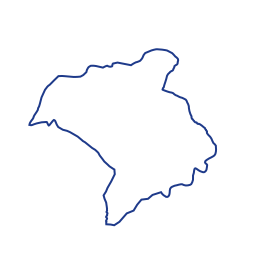 Toomlarn, Saravan, Laos (Mercator projection), rotated 146°
{"feature_id": "54806243B58304199894051", "entity_name": "Toomlarn", "entity_type": "district", "adm_level": 2, "iso_a3": "LAO", "parent_name": "Laos", "parent_adm1": "Saravan", "projection": "mercator", "projection_center": [106.21, 16.024], "detail": "fine", "context": "isolated", "style": "outline", "palette": "blue", "viewbox_px": 256, "rotation_deg": 146, "n_neighbors": 0, "source": "geoboundaries", "source_scale": "gbopen_adm2", "svg_char_len": 4609}
<svg xmlns="http://www.w3.org/2000/svg" viewBox="0 0 256 256"><g transform="rotate(146 128 128)"><path d="M64.7,115.3L64.6,116.1L64.2,118.0L64.3,119.3L65.1,120.8L66.2,122.7L67.6,124.4L68.4,125.7L69.1,127.1L70.1,128.5L70.8,130.2L71.0,131.4L71.9,132.8L73.4,134.3L74.8,136.0L76.7,138.6L77.9,140.4L77.9,140.5L76.7,141.5L75.7,141.7L73.9,143.3L71.3,145.3L68.7,147.4L66.5,149.4L64.9,150.2L63.7,150.5L63.3,150.5L63.0,150.6L62.7,150.6L62.4,150.7L62.0,150.8L61.8,150.9L61.4,150.9L60.9,150.9L60.6,150.9L60.1,150.9L59.7,150.8L59.3,150.7L58.9,150.7L58.6,150.8L58.2,150.9L58.0,151.0L57.8,151.1L57.6,151.3L57.3,151.6L57.0,151.8L56.8,151.9L56.5,152.0L56.3,152.1L56.0,152.2L55.8,152.4L55.5,152.7L55.1,153.1L54.9,153.3L54.5,153.3L53.8,153.4L53.4,153.4L52.8,153.3L52.4,153.3L51.9,153.3L51.7,153.3L51.4,153.4L51.1,153.6L50.8,153.8L50.5,154.1L50.2,154.4L50.1,154.7L49.8,155.0L48.8,155.8L48.2,156.8L48.0,157.6L48.3,159.4L48.8,160.7L49.1,163.0L49.5,165.3L52.2,170.3L53.1,171.3L55.8,173.8L59.3,176.6L60.8,177.6L62.8,178.4L65.2,179.2L71.7,180.5L72.3,180.4L73.1,180.1L74.5,179.6L75.5,178.9L76.8,178.1L77.9,177.6L80.1,177.0L80.9,177.0L81.8,177.2L83.2,177.5L85.0,178.1L86.0,178.2L86.8,178.3L88.4,178.4L90.4,178.4L93.3,181.3L100.1,188.1L102.3,189.0L103.3,189.3L104.1,189.8L104.8,189.7L105.6,189.1L106.4,188.2L107.0,188.1L107.7,188.4L108.4,188.7L109.2,189.4L109.8,190.1L110.4,191.2L111.1,191.5L112.5,191.8L115.0,192.1L119.7,197.1L120.8,198.1L121.9,199.0L122.9,199.7L124.1,200.4L125.3,200.5L126.6,200.5L127.5,200.2L128.3,199.8L129.6,199.1L131.3,197.6L135.5,196.9L138.7,197.2L141.7,198.9L144.5,200.7L151.4,206.3L153.7,208.1L156.7,209.9L162.8,208.8L168.8,207.6L170.3,207.6L171.9,207.3L173.3,206.8L175.4,206.1L182.6,201.7L187.7,197.2L189.8,195.5L191.1,194.9L191.8,194.3L192.7,193.4L194.6,192.5L198.5,190.9L199.6,190.3L200.7,189.4L202.1,188.7L203.1,188.4L204.3,188.0L205.7,187.4L206.8,186.8L208.0,185.7L206.8,184.5L205.5,184.0L204.0,183.7L201.2,182.9L196.4,181.0L192.6,178.8L192.0,178.3L192.1,177.3L192.4,174.9L192.3,174.4L191.7,174.3L186.1,176.0L185.0,176.1L184.6,175.6L184.4,174.6L185.2,170.5L185.3,167.8L183.0,163.0L180.1,159.7L178.4,157.0L174.5,149.0L173.0,143.8L172.7,142.5L171.6,140.2L168.9,131.5L167.4,128.2L166.8,125.6L166.5,124.1L166.8,121.0L166.5,116.5L166.4,113.5L165.3,109.0L164.8,106.6L163.2,102.7L162.5,101.2L164.8,97.1L171.8,93.1L178.5,89.8L181.8,87.6L185.9,85.8L187.0,82.5L187.8,78.4L190.0,73.8L190.2,73.6L190.4,73.0L190.7,72.6L191.1,72.1L191.5,71.3L191.8,71.0L192.1,70.9L192.6,70.6L192.8,70.4L192.8,70.1L192.7,69.9L192.7,69.7L192.6,69.1L192.7,68.8L192.9,68.5L193.2,68.3L193.6,68.2L193.9,67.7L194.1,67.3L194.4,67.1L195.1,67.0L195.6,66.8L195.9,66.5L196.0,66.2L195.9,65.8L195.9,65.3L195.9,64.8L196.3,64.4L196.7,64.1L197.2,63.8L197.6,63.6L198.1,63.3L198.3,63.0L198.4,62.7L198.3,62.3L198.5,62.1L198.8,61.9L199.1,61.6L199.3,61.3L199.5,60.8L199.6,60.6L199.8,60.3L196.4,57.7L193.8,55.1L187.6,55.0L176.8,57.9L169.5,56.4L163.2,59.3L156.9,61.1L151.0,58.1L145.1,58.8L136.5,56.3L136.5,54.3L136.1,52.4L134.9,49.6L133.7,48.8L132.7,48.8L131.6,49.2L130.4,50.2L129.2,51.6L128.3,52.8L127.1,54.0L125.7,54.6L124.3,54.6L121.7,54.1L119.4,53.2L117.6,52.6L115.7,51.8L114.6,51.1L113.6,49.5L112.2,48.0L110.3,46.9L108.4,46.2L107.0,46.1L105.1,47.1L103.1,48.7L101.9,50.4L100.7,52.2L98.4,54.1L97.5,55.2L96.2,56.5L95.4,57.0L94.7,56.9L94.3,56.4L93.6,54.8L93.2,53.6L92.3,51.8L91.3,50.4L90.6,49.5L89.8,48.9L88.9,48.7L87.2,49.0L86.1,49.7L84.4,51.5L83.1,53.0L83.0,53.9L83.5,55.4L83.3,56.6L82.1,57.4L80.4,57.5L77.6,57.4L75.5,57.1L73.0,56.9L71.6,57.0L70.0,57.7L68.3,59.3L66.9,61.1L65.7,63.2L65.1,64.1L65.1,65.7L65.6,67.8L65.3,70.0L64.8,72.6L64.8,74.8L65.3,77.4L65.4,79.1L65.4,79.4L65.3,79.6L65.3,79.8L65.2,80.0L64.9,80.4L64.8,80.5L64.6,80.7L64.5,80.9L64.4,81.1L64.4,81.3L64.4,81.6L64.5,81.8L64.6,82.1L64.6,82.4L64.5,82.6L64.5,82.9L64.4,83.0L64.5,83.2L64.5,83.4L64.5,83.6L64.5,83.8L64.5,84.1L64.4,84.4L64.4,84.6L64.3,84.8L64.3,85.1L64.5,85.5L64.7,86.1L64.8,86.4L64.9,86.9L65.1,87.4L65.2,87.7L65.3,88.1L65.4,88.6L65.5,88.9L65.7,89.3L65.8,89.5L65.9,89.9L66.1,90.5L66.3,90.8L66.5,91.2L66.7,91.5L66.8,91.7L67.0,91.8L67.1,92.0L67.4,92.1L67.5,92.1L67.8,92.4L67.9,92.6L68.0,92.8L68.1,93.0L68.1,93.4L68.1,93.7L68.0,94.0L68.1,94.3L68.4,94.5L68.5,94.6L68.8,94.8L69.0,95.0L69.1,95.3L69.2,95.6L69.3,95.8L69.3,96.1L69.3,96.6L69.3,96.9L69.4,97.0L69.5,97.4L69.5,97.5L69.5,98.1L69.5,98.4L69.5,98.7L69.5,98.9L69.5,99.1L69.6,99.4L69.7,99.6L69.7,99.9L69.8,100.0L69.7,100.4L69.6,100.8L69.5,101.0L69.4,101.3L69.3,101.5L69.1,101.8L69.0,102.0L68.8,102.2L68.8,102.3L68.5,104.6L67.6,107.7L66.4,110.4L65.4,112.1L64.8,114.2L64.7,115.3Z" fill="none" stroke="#1e3a8a" stroke-width="2"/></g></svg>